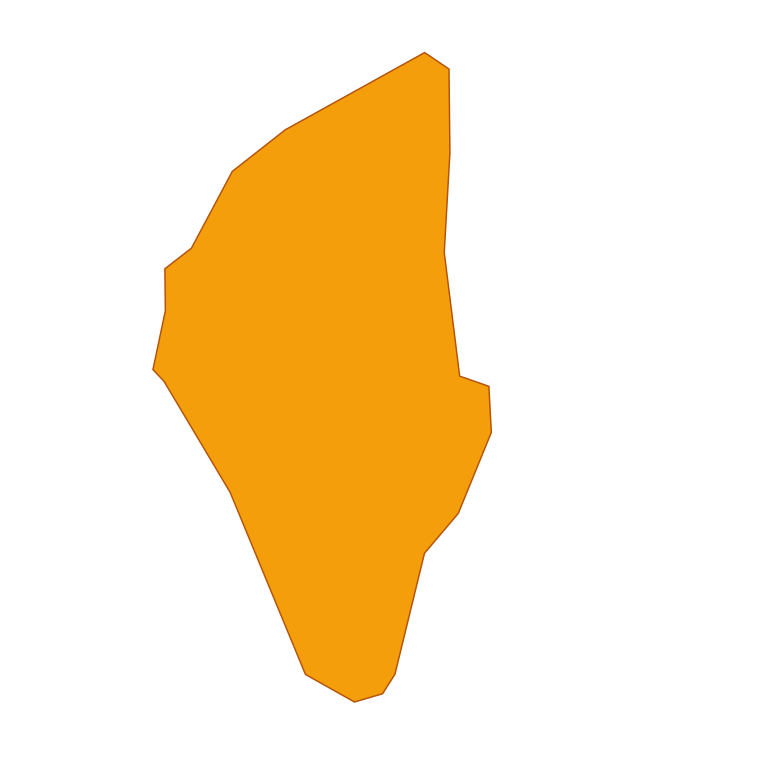 an SVG outline of Blaenau Gwent, rotated 241°
{"feature_id": "GBR-2131", "entity_name": "Blaenau Gwent", "entity_type": "Unitary Authority (wales)", "adm_level": 1, "iso_a3": "GBR", "parent_name": "United Kingdom", "parent_adm1": "", "projection": "equal_earth", "projection_center": [-3.185, 51.758], "detail": "fine", "context": "isolated", "style": "filled", "palette": "amber", "viewbox_px": 768, "rotation_deg": 241, "n_neighbors": 0, "source": "natural_earth", "source_scale": "10m", "svg_char_len": 459}
<svg xmlns="http://www.w3.org/2000/svg" viewBox="0 0 768 768"><g transform="rotate(241 384 384)"><path d="M331.1,474.6L289.6,454.4L234.8,386.2L216.3,337.3L124.9,252.9L113.8,232.6L120.2,204.0L168.0,174.5L363.9,196.9L493.0,192.9L508.6,188.9L554.1,228.3L591.0,248.2L596.2,281.5L643.5,354.4L654.2,420.9L654.2,500.5L654.2,580.2L631.0,592.0L627.9,593.5L554.2,553.7L469.9,500.5L354.2,454.0L331.1,474.6Z" fill="#f59e0b" stroke="#b45309" stroke-width="1.5"/></g></svg>